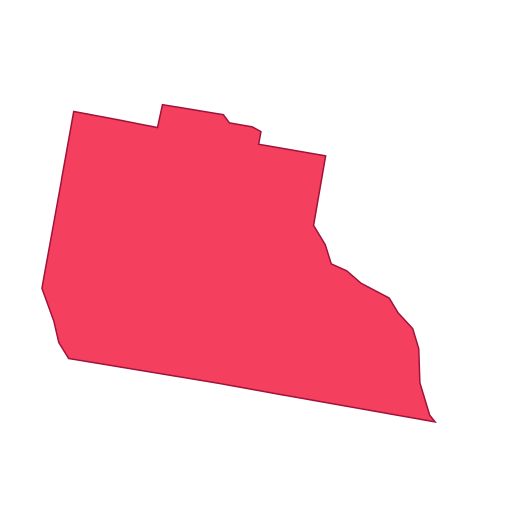 LaPorte, Indiana, United States of America (Equal Earth projection), rotated 280°
{"feature_id": "52423323B64026366373920", "entity_name": "LaPorte", "entity_type": "district", "adm_level": 2, "iso_a3": "USA", "parent_name": "United States of America", "parent_adm1": "Indiana", "projection": "equal_earth", "projection_center": [-86.715, 41.499], "detail": "fine", "context": "isolated", "style": "filled", "palette": "rose", "viewbox_px": 512, "rotation_deg": 280, "n_neighbors": 0, "source": "geoboundaries", "source_scale": "gbopen_adm2", "svg_char_len": 658}
<svg xmlns="http://www.w3.org/2000/svg" viewBox="0 0 512 512"><g transform="rotate(280 256 256)"><path d="M366.7,51.4L297.5,51.2L296.8,51.3L296.7,51.3L233.9,51.0L232.9,51.0L231.2,51.0L201.5,50.8L200.9,50.8L199.2,50.8L192.3,50.8L187.8,50.8L187.0,50.8L156.8,68.2L136.6,76.8L122.5,89.3L124.1,239.7L123.8,304.6L123.8,306.2L123.7,461.2L129.4,454.7L159.6,439.4L192.9,432.4L211.6,423.0L224.8,405.7L237.7,394.5L247.4,364.2L257.1,348.0L261.3,331.5L279.2,322.2L296.1,307.4L366.7,307.2L366.5,239.2L379.3,239.3L382.5,230.0L382.5,206.7L389.5,199.3L388.8,137.6L365.4,136.7L365.7,119.5L366.1,102.2L366.7,51.4Z" fill="#f43f5e" stroke="#9f1239" stroke-width="1.5"/></g></svg>